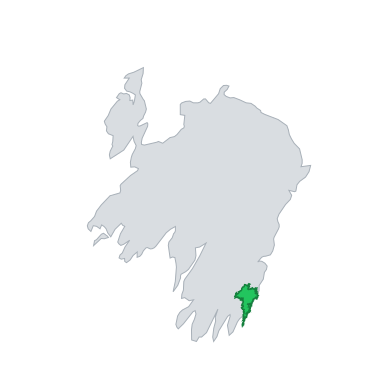 Skibbereen-West Cork Lea-5, Cork, Ireland shown in context, rotated 311°
{"feature_id": "5873133B33035753150692", "entity_name": "Skibbereen-West Cork Lea-5", "entity_type": "district", "adm_level": 2, "iso_a3": "IRL", "parent_name": "Ireland", "parent_adm1": "Cork", "projection": "equal_earth", "projection_center": [-9.179, 51.623], "detail": "fine", "context": "in_parent", "style": "filled", "palette": "green", "viewbox_px": 384, "rotation_deg": 311, "n_neighbors": 0, "source": "geoboundaries", "source_scale": "gbopen_adm2", "svg_char_len": 9015}
<svg xmlns="http://www.w3.org/2000/svg" viewBox="0 0 384 384"><g transform="rotate(311 192 192)"><path d="M241.2,82.8L233.3,86.8L232.0,88.3L229.9,94.5L229.6,96.2L224.7,103.1L221.9,104.5L217.7,105.6L215.3,106.7L212.2,106.1L208.4,106.2L206.5,107.4L206.6,108.4L207.8,109.5L214.9,112.6L214.5,113.9L212.5,115.4L199.9,119.1L196.1,121.3L194.8,122.8L196.2,125.3L206.4,132.7L208.1,133.5L209.6,137.9L218.6,139.7L222.3,142.4L225.5,143.0L232.3,142.8L235.1,143.8L236.7,143.0L237.5,141.6L245.1,136.3L242.7,132.4L250.4,125.7L252.5,125.8L256.2,127.8L259.2,130.7L260.2,134.5L263.1,137.9L265.0,139.1L269.9,139.8L271.1,141.1L270.3,146.1L271.0,147.8L283.6,147.6L288.6,145.5L293.0,145.9L295.2,148.1L296.2,150.4L292.4,151.3L288.5,150.8L286.6,152.3L286.6,155.2L288.0,159.0L290.7,161.6L292.9,167.6L294.8,174.3L297.6,178.4L298.2,183.4L297.9,185.9L298.5,190.3L297.3,191.9L298.3,196.0L303.2,209.5L304.3,220.1L302.1,224.0L299.2,227.8L297.3,232.3L295.8,237.1L295.1,244.9L288.6,254.0L285.9,256.3L282.6,257.7L289.9,264.1L284.1,267.0L277.8,267.9L270.7,266.3L266.3,266.5L260.8,269.8L259.5,269.2L256.8,264.0L254.9,269.4L250.9,271.1L243.9,270.8L232.3,272.2L227.8,273.8L226.0,276.2L224.7,279.0L222.9,280.7L220.8,281.5L211.9,283.6L210.1,284.4L206.0,289.0L200.5,291.6L196.0,292.4L192.0,289.8L190.3,288.2L188.4,287.4L182.3,287.5L184.2,288.3L185.5,290.2L186.1,293.7L185.4,297.3L182.4,299.0L178.8,299.4L173.0,303.0L165.5,304.0L161.4,307.4L136.2,313.1L134.8,313.2L131.3,311.7L127.6,311.1L123.8,311.5L113.3,314.7L108.2,314.1L114.7,306.2L123.5,302.2L124.4,301.1L121.5,300.5L104.9,303.3L99.2,305.7L93.4,306.4L96.1,302.8L103.5,297.8L110.0,294.6L112.8,291.7L120.6,288.4L95.4,295.2L88.8,294.4L87.2,292.5L82.1,293.4L80.1,288.8L87.8,281.9L92.3,278.9L97.6,277.3L102.6,275.0L104.5,272.2L102.2,271.3L87.0,272.0L79.7,271.4L80.1,269.2L81.5,266.7L89.0,262.5L93.1,261.8L96.7,262.2L103.2,264.7L111.7,263.9L108.1,261.2L107.5,255.8L104.8,253.9L108.3,251.4L112.3,249.9L119.0,244.6L121.4,243.8L134.5,242.6L148.7,239.8L162.7,236.1L155.5,233.9L152.1,231.2L146.5,236.8L142.5,238.9L131.3,240.1L127.7,239.5L122.7,237.7L121.1,238.4L119.7,239.7L112.2,242.5L104.3,243.2L113.5,238.1L125.1,229.5L127.6,226.8L131.3,222.1L130.2,220.0L127.8,218.8L136.2,209.1L139.1,207.4L144.5,207.1L148.4,205.5L150.1,205.5L151.7,205.0L155.1,202.1L149.8,200.2L144.3,199.3L127.4,200.3L125.2,200.1L123.1,199.2L121.7,197.9L120.7,194.6L119.5,193.9L115.6,193.9L111.9,194.9L109.2,194.8L106.7,193.4L110.8,190.0L105.5,189.2L100.1,189.9L95.7,188.9L95.5,186.8L97.6,184.7L94.9,182.7L94.4,180.2L97.2,179.0L100.3,179.4L106.6,177.5L114.7,176.6L107.8,174.8L105.0,173.3L104.9,170.9L105.5,168.8L113.5,165.4L122.0,163.8L121.4,161.6L122.0,159.1L113.4,158.4L104.9,160.1L105.8,155.4L107.9,151.2L108.3,148.4L107.9,145.4L103.9,146.7L103.5,142.5L101.8,139.6L95.9,141.6L96.1,137.8L97.8,135.2L100.9,134.0L103.9,134.5L109.6,134.5L115.0,132.5L122.9,132.0L135.4,132.6L144.0,138.2L146.3,137.2L149.7,133.6L151.3,133.3L164.3,134.8L172.4,136.9L174.5,136.2L173.4,132.3L170.6,129.5L174.0,126.0L178.3,123.5L181.1,122.3L187.6,120.8L190.4,119.4L192.3,114.9L195.3,111.0L178.9,113.0L163.4,108.5L165.8,105.3L169.1,103.5L174.7,102.1L175.3,100.5L178.1,99.1L182.8,95.5L181.1,90.7L182.0,87.3L185.4,85.0L186.4,81.8L187.9,79.4L194.8,78.6L201.4,76.4L211.6,76.1L214.3,77.0L213.7,73.1L218.5,72.6L220.3,73.3L221.2,76.1L223.4,77.9L224.1,80.9L222.7,83.3L220.3,85.1L222.5,87.0L219.1,90.4L222.8,88.9L228.1,85.6L227.8,82.9L226.9,79.5L225.3,76.5L226.0,73.1L228.9,71.0L236.8,69.9L233.5,66.1L236.4,65.8L239.5,66.6L244.2,69.5L254.0,73.7L249.3,77.4L243.4,80.0L241.2,82.8ZM103.2,157.0L102.9,158.8L99.2,156.5L97.4,154.0L87.0,152.9L91.3,150.4L93.4,151.2L100.7,151.3L102.8,152.3L103.2,157.0Z" fill="#d9dde1" stroke="#a8b0b8" stroke-width="1"/><path d="M156.6,292.5L156.2,292.8L155.8,292.8L155.6,293.1L154.7,293.4L153.9,293.0L153.7,292.7L153.1,292.7L151.8,292.9L151.0,293.6L150.3,293.7L149.4,293.7L149.1,293.3L148.3,293.2L147.9,293.3L147.6,293.0L147.6,293.3L145.7,293.5L145.2,293.4L144.9,292.9L144.3,293.0L144.5,292.7L144.3,292.4L144.9,292.0L144.7,291.9L144.9,291.7L144.2,291.6L143.5,292.0L143.5,292.5L143.2,292.9L142.3,292.7L141.2,292.8L141.1,293.1L141.6,293.1L141.4,293.5L141.5,293.7L140.6,294.0L141.9,294.6L142.0,295.1L142.8,295.3L142.6,295.7L142.8,295.8L142.7,296.1L142.5,296.3L142.6,296.5L142.6,297.1L143.1,297.3L142.8,297.5L143.0,298.0L142.9,298.2L143.0,298.7L142.9,298.8L143.6,298.8L143.4,299.2L142.7,299.3L142.5,299.5L141.9,299.4L142.7,299.9L143.0,300.3L144.1,299.9L144.1,299.7L144.8,299.4L144.9,299.8L144.4,300.0L145.2,300.3L144.7,300.8L143.7,301.0L143.0,301.4L143.4,301.9L143.1,302.2L143.0,302.6L142.3,302.9L142.0,303.3L141.3,303.1L139.1,303.8L139.2,304.4L139.9,304.9L139.5,305.2L139.3,305.8L138.1,305.8L137.7,305.2L137.3,305.1L137.1,305.3L137.1,305.7L136.9,305.9L137.0,307.0L136.7,307.2L137.0,307.6L137.2,308.0L137.4,308.1L137.5,308.4L136.7,308.5L136.1,309.1L135.7,309.1L135.6,309.4L135.9,309.5L136.0,309.7L134.9,310.0L135.0,310.7L134.5,310.8L134.1,311.1L133.1,311.1L132.6,311.4L132.5,311.6L132.5,312.1L131.2,312.7L131.1,313.0L131.0,313.4L131.0,313.6L131.3,313.8L131.6,313.6L132.3,313.9L132.1,314.3L131.7,314.3L131.8,314.4L131.5,314.7L131.8,314.6L131.8,314.9L132.3,315.0L132.6,315.0L132.8,314.6L132.8,314.9L133.5,314.8L133.5,315.0L133.8,314.8L135.0,314.4L135.6,313.9L135.8,313.9L136.5,313.6L136.2,313.4L136.3,313.0L135.9,313.1L136.0,313.3L135.7,312.9L135.6,312.7L136.1,312.6L136.3,312.9L136.4,313.3L136.8,313.1L136.7,313.3L137.0,313.3L137.3,313.3L137.2,313.0L137.8,312.9L137.9,313.2L137.8,313.3L137.6,313.6L137.9,313.6L137.5,314.0L138.6,313.5L139.1,313.5L139.4,313.2L139.4,313.5L139.6,313.5L139.2,313.8L139.1,314.1L139.4,314.1L139.8,314.2L140.2,313.8L140.7,313.9L140.8,313.7L140.6,313.7L140.6,313.3L140.4,313.1L140.9,312.7L141.0,312.4L141.8,312.5L141.9,312.3L141.8,312.2L142.1,312.0L141.9,311.8L141.9,311.7L142.6,311.3L142.7,311.0L142.9,311.0L142.8,310.8L143.1,311.0L142.5,311.8L143.0,311.9L143.2,311.7L143.5,311.7L143.5,311.4L143.2,311.3L143.4,311.1L143.9,311.0L143.7,311.4L144.0,311.6L144.6,311.2L144.9,311.2L144.6,310.9L145.4,310.6L145.2,310.3L145.5,310.5L146.0,310.5L145.5,309.9L145.5,309.7L145.8,309.5L145.5,309.4L144.8,309.1L144.2,309.1L144.5,308.9L144.5,308.4L144.0,308.3L144.0,308.1L143.8,307.8L144.1,307.7L144.1,307.9L144.5,308.1L144.6,308.6L144.8,308.8L145.1,308.8L145.2,308.6L145.4,308.6L145.9,309.0L146.2,309.5L146.4,309.5L146.5,309.7L146.6,309.8L146.9,309.7L147.2,310.0L148.2,309.8L148.4,309.6L148.0,309.2L148.6,309.5L149.1,309.6L149.4,309.3L149.3,309.2L149.8,309.5L150.0,309.3L149.9,309.2L150.1,309.0L150.9,309.1L151.0,308.9L150.8,308.8L151.0,308.6L151.2,308.8L151.6,308.6L152.0,308.7L152.7,309.1L152.9,309.0L153.8,309.5L154.0,309.4L153.9,310.1L154.0,310.1L153.9,310.3L154.2,310.7L153.8,310.9L154.1,311.1L154.3,310.8L154.2,310.7L154.7,310.5L154.7,310.4L154.5,310.2L154.8,309.9L155.5,309.9L155.6,310.3L155.8,310.2L155.9,310.4L156.6,309.9L156.8,309.9L157.0,309.9L156.9,309.5L157.4,309.6L157.3,309.2L157.1,309.0L157.2,308.6L157.7,308.2L158.5,308.0L158.3,307.7L158.6,307.0L157.1,306.6L157.2,306.1L158.4,306.6L158.3,306.8L158.9,306.7L159.5,306.4L159.4,306.3L159.6,306.1L159.4,305.8L159.5,305.6L159.3,305.7L158.9,305.6L159.0,305.3L158.6,305.0L158.5,304.6L159.8,303.9L160.6,304.1L160.8,304.5L160.6,304.6L160.8,304.8L161.0,304.7L160.8,304.4L161.1,304.2L161.7,304.0L161.5,303.9L161.6,303.3L161.2,302.8L160.5,302.9L160.2,303.1L159.6,303.0L159.3,302.5L159.4,302.2L158.8,301.2L159.3,300.8L159.3,300.4L158.5,300.2L158.3,300.6L157.7,300.5L157.2,300.0L157.4,300.0L157.4,299.6L156.5,299.6L156.3,298.6L155.4,298.5L155.3,298.2L155.8,297.5L156.1,297.4L156.1,297.5L156.5,297.7L157.2,297.4L157.3,297.5L158.1,297.4L158.4,297.3L158.4,296.7L158.6,296.6L158.5,296.4L160.0,295.9L160.4,296.1L160.4,295.8L160.0,295.4L160.0,295.1L159.1,295.0L158.5,295.6L157.8,295.8L157.4,295.7L157.3,295.2L157.5,295.0L157.4,294.6L156.7,294.5L157.3,294.3L157.3,293.9L157.2,293.6L157.1,293.1L156.6,292.5ZM126.8,316.1L125.4,316.9L125.3,316.7L124.8,317.0L124.2,317.7L124.6,317.6L124.6,317.8L124.6,318.1L125.0,318.1L124.9,318.2L125.1,317.8L125.5,317.6L125.4,317.3L125.5,317.2L125.7,317.3L125.6,317.6L125.8,317.9L126.7,317.3L126.7,317.0L127.7,316.3L127.5,316.2L126.8,316.1ZM129.8,315.6L130.8,315.1L130.7,314.8L130.8,314.7L131.1,314.9L131.2,314.7L130.8,314.4L130.9,314.2L131.0,313.9L130.9,313.6L130.4,313.6L130.0,313.9L130.3,314.1L130.1,314.1L130.0,314.4L130.6,314.6L130.5,314.8L130.2,314.9L130.4,314.7L129.9,314.8L130.0,314.5L129.8,314.3L129.0,314.5L129.3,314.6L129.1,314.7L129.6,314.6L129.7,314.8L129.8,314.8L129.5,315.1L128.8,315.5L129.1,315.5L128.9,315.7L129.0,315.7L128.9,315.9L129.1,316.1L129.6,315.9L129.8,315.6ZM141.9,312.5L142.2,312.5L142.3,312.4L141.9,312.5ZM145.4,310.9L145.1,311.0L145.6,311.0L145.4,310.9ZM136.5,313.5L136.6,313.3L136.4,313.4L136.5,313.5ZM133.7,315.4L134.0,315.3L133.6,315.5L133.7,315.4ZM130.5,313.3L130.4,313.3L130.4,313.5L130.5,313.4L130.5,313.3ZM145.2,312.0L145.3,312.0L145.2,312.0ZM145.0,311.9L144.9,311.9L144.8,312.0L145.0,311.9ZM145.7,310.9L145.8,310.9L145.7,310.9ZM139.9,315.1L140.1,315.0L139.9,315.1Z" fill="#22c55e" stroke="#15803d" stroke-width="1.5"/></g></svg>